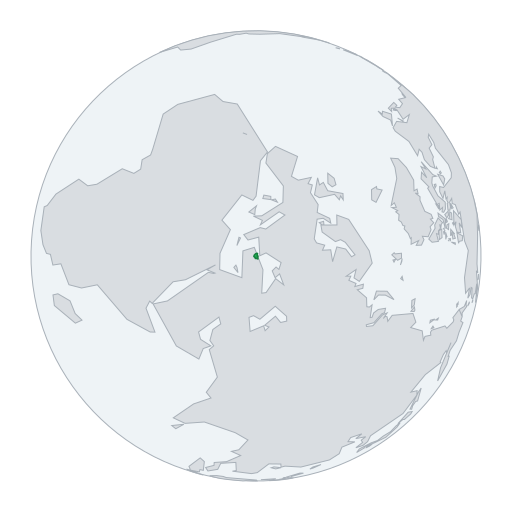 globe centered on Bursa, rotated 94°
{"feature_id": "TUR-2264", "entity_name": "Bursa", "entity_type": "Province", "adm_level": 1, "iso_a3": "TUR", "parent_name": "Turkey", "parent_adm1": "", "projection": "orthographic", "projection_center": [28.985, 40.083], "detail": "fine", "context": "on_globe", "style": "filled", "palette": "green", "viewbox_px": 512, "rotation_deg": 94, "n_neighbors": 0, "source": "natural_earth", "source_scale": "10m", "svg_char_len": 11529}
<svg xmlns="http://www.w3.org/2000/svg" viewBox="0 0 512 512"><g transform="rotate(94 256 256)"><circle cx="256" cy="256" r="225" fill="#eef3f6" stroke="#a8b0b8"/><path d="M187.5,41.4L189.4,40.9L183.0,42.9L186.2,42.0L194.4,39.7L199.1,38.4L221.3,36.3L248.5,35.0L257.4,33.6L255.3,35.1L272.3,32.7L287.2,33.8L270.1,33.3L268.2,33.9L278.3,34.7L278.5,35.6L283.5,36.8L282.8,38.0L272.9,38.2L272.3,39.2L279.4,39.8L283.3,41.8L272.9,40.7L278.6,44.3L263.0,46.5L235.7,44.6L226.7,48.9L197.9,55.5L200.2,56.7L190.8,60.8L190.0,63.9L184.9,64.8L188.7,66.6L193.5,65.3L196.8,65.8L196.8,67.7L190.2,68.9L189.3,68.1L187.3,69.5L184.1,69.4L185.7,70.5L177.8,72.2L185.5,73.5L179.1,77.2L173.9,77.6L174.6,73.7L164.3,66.7L159.3,66.9L151.4,70.4L136.0,84.5L130.3,86.6L122.5,92.2L125.5,92.5L132.7,88.3L136.3,90.8L144.7,86.0L147.4,86.5L156.0,83.6L154.4,88.3L148.2,94.7L141.0,97.6L138.1,100.7L144.7,101.8L131.1,111.4L121.8,125.8L118.4,128.2L111.9,125.1L112.5,114.8L104.2,112.9L109.3,118.8L100.5,125.5L98.9,128.7L99.2,131.4L102.4,130.8L99.3,134.3L93.2,129.3L95.9,126.0L97.8,127.4L98.0,122.9L93.8,120.5L89.7,124.6L87.7,118.3L84.7,121.3L82.7,122.0L87.5,117.4L78.7,125.8L75.8,123.1L63.7,139.1L75.9,121.5L80.5,115.1L84.9,109.4L83.7,110.9L94.3,99.2L105.7,88.2L117.8,78.1L130.6,68.8L144.1,60.5L158.1,53.1L172.6,46.7L187.5,41.4ZM38.0,199.2L38.4,197.7L36.3,206.6L34.7,221.8L34.2,222.8L32.5,247.8L34.5,267.7L35.0,278.5L34.4,281.3L36.0,287.8L36.1,290.9L46.0,316.6L54.1,335.2L55.8,345.5L53.0,348.7L59.7,366.6L59.6,366.4L51.7,351.0L45.1,335.1L39.6,318.7L35.5,301.9L32.6,284.9L31.0,267.7L30.8,250.4L31.9,233.2L34.3,216.1L38.0,199.2ZM61.8,141.9L60.8,143.6L50.2,165.3L53.1,158.2L56.5,151.5L61.0,143.2L61.8,141.9ZM63.1,141.4L64.7,138.4L63.6,140.7L63.1,141.4ZM201.1,37.8L194.6,39.6L187.1,41.6L192.5,40.0L201.1,37.8ZM215.4,35.3L212.4,36.1L209.1,36.2L211.9,35.7L215.4,35.3ZM263.7,32.8L258.4,32.8L263.5,32.6L263.7,32.8ZM284.3,36.7L285.7,36.6L287.7,37.3L284.3,36.7ZM156.3,81.2L156.1,82.4L154.6,82.3L156.3,81.2ZM160.1,79.0L158.5,78.2L160.1,77.0L161.1,77.5L160.1,79.0ZM288.5,40.0L291.2,41.4L286.7,39.9L288.5,40.0ZM161.8,80.4L163.1,75.1L165.9,73.1L172.0,73.8L161.8,80.4ZM291.7,42.3L298.4,46.4L302.2,46.1L295.2,49.6L291.8,44.7L285.7,42.7L290.3,43.1L291.7,42.3ZM195.1,64.1L189.9,65.6L194.2,62.7L195.1,64.1ZM197.0,62.2L205.6,53.6L213.2,52.7L208.8,55.6L218.6,53.4L218.1,57.1L212.6,59.2L207.8,58.9L211.3,60.6L197.0,62.2ZM290.3,51.1L290.4,52.3L288.3,51.1L290.3,51.1ZM198.4,65.8L199.5,63.9L206.2,63.0L205.3,66.5L203.4,65.6L198.4,65.8ZM221.5,51.2L226.3,51.3L227.2,54.3L229.2,54.8L218.8,57.2L221.5,51.2ZM201.9,66.8L204.6,68.3L201.5,70.6L197.9,67.5L201.9,66.8ZM208.3,61.3L211.4,61.1L209.4,62.3L208.3,61.3ZM191.8,80.1L192.9,77.5L196.5,76.8L191.8,80.1ZM205.9,68.8L207.0,68.0L208.5,67.5L209.6,69.0L205.9,68.8ZM220.2,59.3L219.5,60.6L224.4,58.4L225.3,60.8L218.2,62.1L221.7,62.6L221.9,63.3L215.8,63.6L220.2,59.3ZM215.4,69.1L206.6,72.0L203.8,76.7L200.5,77.4L205.7,69.9L215.4,69.1ZM216.2,65.8L214.9,68.0L211.5,67.6L210.3,65.9L216.2,65.8ZM228.5,62.1L229.0,58.1L230.5,58.0L228.5,62.1ZM215.2,70.5L217.3,69.8L215.4,70.8L215.2,70.5ZM225.2,64.7L225.1,63.2L226.9,63.1L225.2,64.7ZM221.6,69.8L218.7,70.6L217.8,69.4L221.6,69.8ZM223.8,67.5L226.2,67.8L219.1,68.5L223.4,66.8L223.8,67.5ZM226.8,64.9L227.8,64.3L226.6,65.5L226.8,64.9ZM226.8,74.2L218.2,75.4L216.1,72.6L224.7,71.7L226.8,74.2ZM110.2,344.6L97.7,308.5L104.2,299.7L105.7,285.3L151.4,251.8L160.7,258.2L196.3,260.1L200.7,262.9L196.1,274.4L222.6,292.5L231.5,283.4L255.8,292.1L272.1,291.3L278.6,268.6L251.8,269.4L247.5,258.3L269.2,248.1L292.7,247.7L291.8,243.4L277.2,234.8L282.9,226.3L272.2,231.2L276.3,235.4L269.7,238.8L265.6,235.2L267.8,232.2L260.8,230.5L252.2,246.2L255.5,252.2L237.0,254.6L240.6,265.1L235.5,269.7L227.4,253.8L228.4,248.1L213.1,230.0L210.3,236.0L224.6,253.8L220.0,252.1L216.4,261.4L215.5,253.0L200.7,232.9L184.2,233.6L162.6,252.6L153.1,251.8L145.3,244.2L153.8,221.5L174.1,226.2L177.4,219.1L173.7,206.3L180.2,209.1L181.2,204.8L189.0,206.1L200.4,197.6L208.3,198.0L213.3,185.1L218.0,183.7L213.7,191.6L215.0,197.6L234.8,199.1L238.7,196.5L240.4,188.2L245.6,190.1L244.6,181.9L256.3,179.2L241.3,176.0L242.8,167.0L250.1,160.6L247.9,157.3L236.1,167.9L233.8,172.8L236.1,177.8L227.5,191.7L220.6,193.4L219.4,177.4L209.5,178.3L213.0,166.1L242.8,143.5L255.0,139.6L274.1,151.2L271.0,156.7L262.5,155.2L269.9,164.6L269.5,160.0L273.8,161.7L276.4,154.3L279.6,155.3L276.6,146.9L280.8,147.2L282.6,152.6L290.0,142.8L298.9,141.9L299.0,139.3L296.6,136.8L309.5,137.8L309.0,135.9L304.6,134.7L300.8,130.3L299.1,123.1L303.6,123.8L304.9,126.5L314.3,133.7L316.9,141.2L318.6,140.9L317.4,134.5L305.9,125.7L303.6,121.2L309.5,124.6L307.2,123.0L307.5,121.0L312.0,120.0L305.7,116.0L302.4,95.4L310.9,91.9L316.6,96.7L319.1,85.0L328.4,83.1L324.4,81.8L322.8,76.1L319.9,76.6L317.8,75.6L312.6,62.6L314.8,60.6L308.0,54.7L305.9,54.2L303.8,55.3L295.2,49.6L302.2,46.1L306.6,47.3L308.0,44.9L317.8,48.1L326.6,50.1L336.6,55.8L342.7,57.3L342.5,56.3L350.6,58.0L368.0,66.1L354.7,64.1L328.8,55.4L339.4,59.0L337.2,59.7L341.2,62.2L348.7,64.9L349.4,64.2L362.5,78.8L381.0,92.0L379.1,85.9L383.6,85.9L402.9,98.4L427.3,129.2L433.4,131.7L437.5,136.1L440.3,143.0L434.5,136.6L432.4,138.2L428.6,133.9L431.2,143.7L426.0,138.0L430.5,148.9L434.8,151.3L434.5,144.4L440.7,157.0L447.4,159.2L454.3,168.5L463.4,196.5L463.6,212.4L464.9,216.3L461.8,216.7L462.5,228.7L472.0,239.6L473.4,245.3L472.3,264.5L471.4,260.7L463.3,261.7L465.3,276.7L471.5,279.3L473.8,289.0L470.5,291.5L467.8,283.3L464.9,283.3L463.2,271.0L456.1,257.4L452.6,266.8L450.5,259.6L440.1,251.2L433.7,264.4L425.2,295.9L427.9,315.1L423.2,327.2L407.9,307.9L400.8,291.0L395.4,296.1L379.5,286.1L352.6,296.1L348.6,291.9L343.5,296.1L332.3,293.9L326.2,286.4L319.5,288.7L335.8,308.0L343.0,305.5L348.8,294.8L352.0,302.2L362.8,305.8L351.3,329.2L311.0,355.3L307.0,341.2L275.6,302.3L276.4,297.2L276.3,296.7L275.9,295.7L273.2,304.0L267.7,295.8L284.6,324.7L287.5,336.9L310.5,356.3L308.4,358.9L315.7,362.1L339.0,351.5L339.2,356.3L328.2,380.3L295.8,412.3L300.1,427.8L297.7,440.6L277.4,450.1L279.2,458.0L268.7,461.2L268.0,465.2L259.6,469.3L245.6,472.4L221.7,470.7L220.2,467.8L208.2,459.9L191.7,438.1L197.7,428.8L195.5,419.7L178.3,395.5L182.1,383.6L177.4,377.1L167.9,376.3L162.6,368.2L156.8,366.5L120.9,358.5L110.2,344.6ZM135.4,273.4L134.1,277.7L135.4,273.4ZM317.7,258.7L331.7,256.6L325.1,243.5L329.9,241.7L325.9,238.1L324.5,242.5L314.7,232.4L320.6,226.8L318.8,220.8L314.0,221.3L304.8,233.3L318.8,247.7L315.7,254.3L317.7,258.7ZM34.7,222.2L34.2,225.9L34.2,223.5L34.7,222.2ZM50.8,163.0L50.4,163.9L49.1,166.9L49.5,166.0L50.8,163.0ZM43.6,186.7L42.7,191.1L42.9,188.1L43.6,186.7ZM49.0,168.5L44.2,183.5L44.8,179.0L48.0,169.7L46.7,173.9L49.0,168.5ZM60.5,144.9L59.2,147.4L58.5,148.4L60.5,144.9ZM62.3,143.1L62.6,142.5L63.9,140.4L62.3,143.1ZM100.9,125.7L101.2,126.3L100.8,129.3L99.5,128.8L100.9,125.7ZM108.0,139.0L102.9,144.4L105.6,139.9L102.8,139.9L105.0,130.8L116.7,128.9L111.0,131.2L108.0,139.0ZM111.3,118.9L108.5,124.4L111.1,118.5L111.3,118.9ZM179.3,181.2L181.7,184.8L178.5,189.3L168.4,190.2L173.0,183.5L179.3,181.2ZM185.9,189.0L187.6,173.6L193.9,172.9L190.1,175.8L194.1,176.8L189.0,181.9L193.4,196.9L190.9,201.9L173.7,200.0L180.7,197.6L177.9,194.0L185.9,189.0ZM180.6,140.2L181.4,134.8L194.1,140.0L191.9,144.5L181.7,145.4L178.3,140.6L180.6,140.2ZM172.2,83.2L171.7,81.7L173.5,81.2L175.5,82.1L172.2,83.2ZM192.0,78.9L176.4,89.5L175.0,88.3L167.5,96.7L160.9,96.7L166.0,91.1L155.3,97.7L157.3,92.7L150.4,97.8L162.4,85.4L163.8,81.6L164.8,85.7L170.8,85.7L173.8,84.6L183.3,78.7L189.1,71.0L196.0,70.3L199.3,71.8L199.0,73.5L194.6,73.3L197.3,75.8L190.7,76.9L192.0,78.9ZM234.2,96.9L229.3,94.8L233.5,102.1L227.0,102.4L227.9,103.2L223.0,105.6L218.6,110.1L215.7,109.6L215.3,111.6L212.0,113.4L210.4,116.2L204.6,116.2L202.2,119.7L200.8,117.8L198.2,123.8L197.6,119.4L193.3,121.7L196.2,124.7L168.8,121.0L157.8,123.6L149.0,128.5L149.0,121.0L157.3,112.1L169.3,104.0L179.9,102.9L178.0,100.0L182.5,98.7L182.1,101.5L185.4,96.5L189.0,96.3L199.7,90.7L202.2,84.2L206.2,82.2L207.0,84.6L210.4,81.0L214.7,84.4L217.6,83.2L224.8,85.6L224.7,91.4L228.0,89.6L233.6,91.7L234.2,96.9ZM228.7,75.0L230.0,81.3L227.1,84.8L215.9,79.3L212.6,79.9L205.3,77.0L209.7,72.2L211.4,73.4L214.0,73.5L211.6,75.0L215.5,73.9L218.0,75.7L221.7,75.4L221.1,77.5L228.7,75.0ZM205.9,259.0L209.3,260.0L214.8,260.1L212.6,266.2L205.9,259.0ZM195.5,245.4L198.7,245.1L198.2,253.2L194.7,252.4L195.5,245.4ZM200.8,238.4L198.9,244.5L197.8,240.7L200.8,238.4ZM216.7,191.0L220.1,190.4L220.3,192.4L218.3,195.2L216.7,191.0ZM245.4,120.6L243.1,118.4L244.2,117.4L243.1,111.1L247.9,110.7L250.4,114.4L245.4,120.6ZM273.8,272.8L268.9,277.3L266.5,275.4L268.7,274.2L273.8,272.8ZM239.1,272.7L246.9,275.8L238.5,274.3L239.1,272.7ZM250.5,119.1L249.5,116.5L252.5,117.9L250.5,119.1ZM251.4,110.2L254.9,111.3L248.4,110.0L251.4,110.2ZM335.6,431.5L319.5,453.7L309.0,455.8L307.5,451.0L313.7,438.4L326.0,432.4L332.1,425.1L335.6,431.5ZM477.4,297.5L475.3,306.0L473.4,310.5L474.4,306.0L477.5,296.0L478.2,293.3L477.4,297.5ZM474.2,306.4L470.5,308.2L461.3,297.6L464.7,293.2L473.5,293.6L473.0,297.0L475.3,297.5L474.2,306.4ZM480.4,276.3L479.2,283.9L478.4,286.9L477.8,280.0L478.2,273.4L479.1,270.2L479.5,239.9L480.3,239.3L480.8,250.5L481.3,253.3L481.0,266.6L480.7,272.5L480.4,276.3ZM428.9,316.2L433.9,324.0L431.0,328.2L428.9,316.2ZM477.5,222.7L478.8,235.5L476.8,220.7L477.5,222.7ZM475.0,210.6L476.0,213.9L475.0,212.6L475.0,210.6ZM467.0,221.5L466.2,226.0L465.1,223.4L465.4,216.3L467.0,221.5ZM459.5,176.6L463.5,184.1L464.8,187.4L462.5,184.5L459.5,176.6ZM289.9,115.3L286.0,124.2L286.4,131.1L291.5,135.4L282.6,133.4L282.0,122.8L289.9,115.3ZM300.4,97.6L295.8,94.4L298.9,93.7L300.3,94.3L300.4,97.6ZM296.9,97.2L289.4,97.4L287.5,94.3L293.8,94.7L296.9,97.2ZM270.0,107.6L268.5,110.1L266.1,108.8L270.0,107.6ZM478.7,222.1L478.5,220.9L479.2,227.1L476.6,210.8L477.2,213.4L478.7,222.1ZM476.8,212.8L477.7,218.5L476.1,209.8L476.8,212.8ZM477.2,217.3L476.2,213.3L476.1,211.1L477.2,217.3ZM476.6,211.2L474.6,203.2L475.6,206.1L476.6,211.2ZM473.3,204.9L475.0,206.0L474.6,210.7L469.5,197.1L469.3,193.5L473.3,204.9ZM439.9,133.3L437.1,130.5L435.5,126.9L437.9,129.8L439.9,133.3ZM427.7,113.8L434.2,125.0L438.9,134.9L439.8,134.4L445.0,141.9L441.2,139.4L434.4,128.2L431.6,121.9L426.7,116.4L421.9,109.6L415.9,104.6L412.3,100.6L416.9,103.4L427.7,113.8ZM413.4,102.8L401.2,93.3L400.3,89.4L402.7,90.6L408.7,96.5L408.9,98.1L413.4,102.8ZM398.0,90.0L398.0,91.7L380.2,84.4L376.2,82.0L389.3,84.7L390.0,86.6L394.5,89.3L398.0,90.0ZM292.8,52.3L290.6,52.3L291.8,51.5L292.8,52.3ZM316.2,76.1L313.6,74.6L315.2,73.5L316.2,76.1ZM307.2,70.3L307.3,72.4L305.3,69.8L307.2,70.3ZM307.9,77.6L306.4,73.2L310.5,77.9L307.9,77.6Z" fill="#d9dde1" stroke="#a8b0b8" stroke-width="1"/><path d="M253.7,254.7L254.1,254.7L254.2,254.8L254.5,254.8L254.4,254.8L254.5,254.8L254.8,254.8L255.0,254.9L255.3,254.8L255.4,254.7L255.4,254.8L255.5,254.8L255.8,254.9L256.1,254.9L256.3,254.8L256.3,254.7L256.5,254.6L256.4,254.6L256.3,254.4L256.2,254.4L256.0,254.5L256.0,254.1L256.3,254.1L256.7,254.3L256.9,254.3L257.1,254.1L257.3,254.1L257.5,254.2L258.2,253.9L258.4,253.9L258.8,254.0L258.7,254.3L258.5,254.5L258.5,254.8L258.4,254.9L258.5,255.0L258.5,255.3L258.2,255.6L258.1,256.0L258.3,256.4L258.4,256.5L258.1,256.7L257.9,256.7L257.8,256.8L257.7,256.7L257.4,256.6L257.2,256.7L257.2,257.0L257.0,257.4L256.9,257.5L256.8,258.0L256.6,258.1L256.4,258.1L256.2,258.1L255.9,257.9L255.6,257.8L255.4,257.8L255.3,257.7L255.2,257.7L255.1,257.4L254.9,257.4L254.7,257.3L253.9,256.7L253.8,256.3L253.7,256.2L253.4,255.9L253.4,255.7L253.5,255.5L253.5,255.4L253.4,255.3L253.3,255.1L253.5,255.0L253.7,254.8L253.7,254.7L253.7,254.7Z" fill="#22c55e" stroke="#15803d" stroke-width="1.5"/></g></svg>